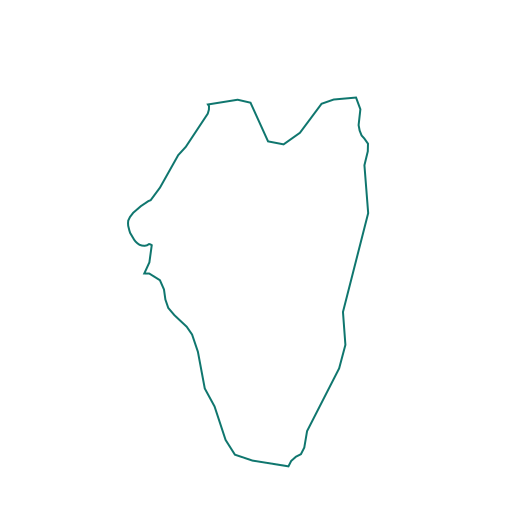 SVG path tracing the border of Imperia, rotated 297°
{"feature_id": "ITA-5369", "entity_name": "Imperia", "entity_type": "Province", "adm_level": 1, "iso_a3": "ITA", "parent_name": "Italy", "parent_adm1": "", "projection": "natural_earth1", "projection_center": [7.791, 43.964], "detail": "fine", "context": "isolated", "style": "outline", "palette": "teal", "viewbox_px": 512, "rotation_deg": 297, "n_neighbors": 0, "source": "natural_earth", "source_scale": "10m", "svg_char_len": 998}
<svg xmlns="http://www.w3.org/2000/svg" viewBox="0 0 512 512"><g transform="rotate(297 256 256)"><path d="M83.3,380.4L72.1,345.7L69.4,327.4L78.3,312.4L103.1,287.4L114.7,270.5L144.3,247.7L157.0,234.7L161.5,226.4L166.2,210.2L169.9,201.4L176.1,195.0L184.4,189.2L190.8,181.4L191.9,168.9L189.7,164.4L201.9,163.9L218.3,158.2L218.4,156.8L218.1,155.3L216.0,154.0L214.5,152.1L213.5,149.6L213.1,147.1L213.5,144.5L214.2,142.1L215.2,140.0L219.4,133.4L221.1,131.7L224.9,128.4L227.1,127.1L229.5,126.1L233.6,126.0L238.9,127.0L248.2,130.8L256.1,135.2L257.9,136.8L273.4,139.4L310.6,140.9L321.4,143.9L360.9,148.4L365.0,147.6L368.2,146.1L369.2,144.4L386.9,168.7L390.1,181.5L363.6,214.7L368.0,229.9L385.7,239.2L421.4,245.3L430.7,254.2L442.6,273.2L434.1,282.4L419.2,288.0L414.8,291.4L411.3,295.4L409.9,299.1L406.9,304.8L400.0,308.1L386.1,311.4L345.1,336.5L245.6,358.9L217.4,376.0L193.6,381.1L123.2,381.0L107.2,386.0L99.8,386.0L95.3,382.7L89.4,380.4L83.3,380.4Z" fill="none" stroke="#0f766e" stroke-width="2"/></g></svg>